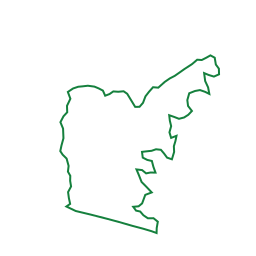 Jardinópolis, Santa Catarina, Brazil, rotated 199°
{"feature_id": "56859067B41532106575458", "entity_name": "Jardinópolis", "entity_type": "district", "adm_level": 2, "iso_a3": "BRA", "parent_name": "Brazil", "parent_adm1": "Santa Catarina", "projection": "equal_earth", "projection_center": [-52.883, -26.726], "detail": "fine", "context": "isolated", "style": "outline", "palette": "green", "viewbox_px": 256, "rotation_deg": 199, "n_neighbors": 0, "source": "geoboundaries", "source_scale": "gbopen_adm2", "svg_char_len": 1518}
<svg xmlns="http://www.w3.org/2000/svg" viewBox="0 0 256 256"><g transform="rotate(199 128 128)"><path d="M66.8,38.0L68.3,42.8L69.3,49.1L74.5,51.0L79.8,49.1L85.0,50.5L89.3,53.0L93.5,52.5L97.4,55.2L92.5,57.4L90.1,61.3L89.9,70.4L84.6,74.8L91.7,78.5L97.6,81.4L102.2,86.8L106.5,91.6L101.0,92.8L96.1,91.0L92.5,93.1L87.5,94.8L91.3,99.5L94.7,104.6L99.4,104.1L104.4,104.8L107.0,110.0L102.4,112.2L98.3,114.1L94.6,117.0L89.8,118.1L85.6,115.6L81.4,112.7L76.3,112.7L76.6,120.4L78.7,125.7L78.9,131.0L79.6,136.4L84.0,132.7L87.4,137.4L87.8,143.8L90.8,148.5L93.2,153.5L88.0,153.5L82.8,153.3L78.4,156.2L75.3,160.1L73.1,164.9L78.4,168.4L81.0,173.7L81.4,180.8L76.7,184.8L72.3,187.3L67.0,187.3L62.2,186.7L65.5,192.5L70.3,197.5L73.9,204.7L69.1,204.4L63.5,204.6L59.4,208.4L61.4,213.7L65.6,216.6L68.9,222.7L73.7,223.5L76.8,220.0L80.4,216.3L84.8,215.1L88.3,209.2L93.7,202.3L97.5,197.0L100.8,192.5L104.6,188.5L108.3,183.5L112.5,176.0L117.6,174.7L120.0,168.9L121.8,163.6L122.0,156.7L124.0,151.8L128.1,150.3L139.9,160.1L144.1,161.3L149.0,159.1L153.8,157.8L156.5,154.1L160.1,151.1L163.9,155.2L168.6,155.9L173.2,156.2L179.7,154.9L184.3,152.7L188.5,150.8L192.8,147.5L196.6,142.5L192.0,136.9L192.9,129.1L190.6,123.1L192.8,118.1L193.8,111.5L189.2,106.3L185.7,97.3L185.2,89.7L184.5,84.1L181.1,81.5L176.1,79.1L171.8,72.8L170.6,67.2L167.0,64.0L165.5,59.2L162.8,54.2L163.8,47.9L161.1,42.5L158.0,37.4L160.7,33.7L150.4,32.5L134.9,34.0L117.5,35.4L105.8,36.2L92.1,36.9L81.2,37.7L72.1,38.1L66.8,38.0Z" fill="none" stroke="#15803d" stroke-width="2"/></g></svg>